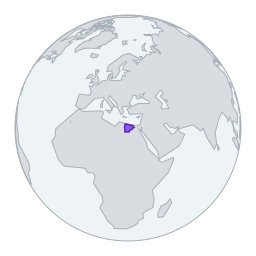 globe centered on Matruh
{"feature_id": "EGY-1540", "entity_name": "Matruh", "entity_type": "Governorate", "adm_level": 1, "iso_a3": "EGY", "parent_name": "Egypt", "parent_adm1": "", "projection": "orthographic", "projection_center": [26.768, 29.661], "detail": "fine", "context": "on_globe", "style": "filled", "palette": "violet", "viewbox_px": 256, "rotation_deg": 0, "n_neighbors": 0, "source": "natural_earth", "source_scale": "10m", "svg_char_len": 10514}
<svg xmlns="http://www.w3.org/2000/svg" viewBox="0 0 256 256"><circle cx="128" cy="128" r="113" fill="#eef3f6" stroke="#a8b0b8"/><path d="M115.7,16.0L122.2,15.5L123.7,15.4L126.0,15.4L125.5,15.4L127.1,15.4L137.2,15.7L139.6,16.0L139.4,16.0L134.5,15.8L134.3,15.9L137.9,16.2L139.9,16.6L134.7,16.2L137.7,17.0L130.1,17.5L116.3,17.5L112.0,18.9L97.7,22.3L99.0,22.5L94.3,24.4L94.1,25.4L91.5,26.0L93.5,26.3L95.9,25.6L97.6,25.5L97.7,26.1L94.4,27.0L93.9,26.8L92.9,27.4L91.3,27.6L92.1,27.8L88.2,28.9L92.2,28.8L89.0,30.6L86.4,31.1L86.6,29.7L81.0,28.5L78.4,29.1L74.5,31.1L67.2,37.3L64.3,38.8L60.4,41.7L62.0,41.3L65.6,38.9L67.6,39.3L71.7,36.7L73.1,36.5L77.4,34.7L76.8,36.5L73.8,39.4L70.2,41.1L68.8,42.5L72.3,42.3L65.6,47.3L61.2,53.9L59.5,55.2L56.1,54.7L56.1,50.8L51.7,51.4L54.5,52.7L50.1,56.5L49.4,57.9L49.6,58.9L51.3,58.2L49.8,60.0L46.4,59.1L47.7,57.4L48.8,57.6L48.7,55.9L46.4,55.9L44.4,58.1L43.1,56.6L41.6,58.2L40.5,59.0L42.9,56.4L38.5,61.3L36.7,62.2L33.1,67.3L37.9,60.5L43.1,54.0L48.9,47.9L55.0,42.2L61.6,37.0L68.5,32.3L75.8,28.2L83.4,24.6L91.2,21.5L99.2,19.1L107.4,17.3L115.7,16.0ZM18.6,101.3L18.6,101.0L17.7,105.3L17.4,111.1L17.1,111.9L16.6,123.7L18.1,132.3L18.4,137.8L18.0,139.7L19.0,142.5L19.0,144.2L24.6,154.9L29.0,163.4L29.9,169.2L28.2,172.7L31.3,184.2L29.6,182.8L29.7,183.1L25.9,175.6L22.6,167.8L19.9,159.8L17.9,151.6L16.4,143.3L15.6,134.9L15.4,126.4L15.8,118.0L16.9,109.6L18.6,101.3ZM25.5,81.4L24.3,84.1L24.6,83.3L25.5,81.4ZM30.5,71.6L31.2,70.4L30.7,71.3L30.5,71.6ZM140.0,16.0L140.7,16.1L141.7,16.2L140.0,16.0ZM77.5,33.9L77.4,34.3L76.7,34.4L77.5,33.9ZM79.4,32.7L78.5,32.6L79.3,32.1L79.8,32.2L79.4,32.7ZM142.4,16.5L143.8,16.8L141.5,16.4L142.4,16.5ZM80.3,33.1L80.8,31.2L82.1,30.3L85.3,29.9L80.3,33.1ZM144.1,17.0L147.6,18.1L149.5,18.3L146.2,18.8L144.3,17.5L141.2,16.9L143.5,17.1L144.1,17.0ZM96.7,25.1L94.1,25.9L96.2,24.7L96.7,25.1ZM97.6,24.4L101.6,21.3L105.4,20.6L103.3,21.6L108.2,20.5L108.1,21.6L105.4,22.5L102.9,22.7L104.7,23.1L97.6,24.4ZM143.9,19.0L144.0,19.4L142.9,19.0L143.9,19.0ZM98.4,25.4L98.9,24.8L102.2,24.1L101.9,25.3L100.9,25.1L98.4,25.4ZM109.5,19.7L111.9,19.6L112.5,20.4L113.5,20.5L108.4,21.6L109.5,19.7ZM100.2,25.6L101.7,25.9L100.2,26.9L98.2,26.0L100.2,25.6ZM103.2,23.4L104.8,23.2L103.8,23.7L103.2,23.4ZM95.6,30.8L96.1,29.8L97.9,29.3L95.6,30.8ZM102.3,26.0L102.8,25.7L103.6,25.5L104.2,25.9L102.3,26.0ZM109.2,22.2L108.9,22.7L111.3,21.8L111.8,22.5L108.3,23.2L110.1,23.2L110.2,23.5L107.2,23.8L109.2,22.2ZM107.1,25.7L102.8,27.1L101.5,28.9L99.9,29.3L102.3,26.4L107.1,25.7ZM107.4,24.5L106.9,25.3L105.1,25.4L104.4,24.8L107.4,24.5ZM113.5,22.9L113.6,21.5L114.3,21.4L113.5,22.9ZM107.1,26.2L108.1,25.9L107.2,26.3L107.1,26.2ZM111.9,23.8L111.8,23.3L112.7,23.2L111.9,23.8ZM110.3,25.7L108.9,26.1L108.4,25.7L110.3,25.7ZM111.3,24.8L112.5,24.9L109.0,25.4L111.1,24.6L111.3,24.8ZM112.8,23.8L113.2,23.6L112.7,24.1L112.8,23.8ZM113.1,27.1L108.8,27.8L107.6,26.9L111.9,26.3L113.1,27.1ZM58.4,159.6L51.8,141.6L55.1,136.4L55.7,128.9L78.6,108.9L83.4,111.5L101.4,110.9L103.7,112.2L101.5,118.0L115.0,126.4L119.4,121.6L131.6,125.6L139.8,125.1L142.7,113.7L129.4,114.3L127.1,108.8L137.8,103.6L149.5,103.4L149.0,101.4L141.6,97.2L144.4,93.1L139.1,95.4L141.2,97.4L138.0,99.1L135.8,97.4L136.9,95.9L133.4,95.1L129.3,102.8L131.0,105.7L121.8,107.2L123.8,112.3L121.2,114.6L117.0,106.9L117.4,104.1L109.5,95.7L108.2,98.7L115.6,107.0L113.3,106.3L111.6,110.9L111.0,106.9L103.3,97.5L95.0,98.4L84.3,108.7L79.5,108.8L75.5,105.5L79.4,94.1L89.8,95.3L91.3,91.8L89.3,85.9L92.6,86.9L93.1,84.8L97.0,85.2L102.6,80.8L106.6,80.7L108.9,74.6L111.2,73.8L109.2,77.6L109.9,80.3L119.9,80.6L121.8,79.3L122.5,75.4L125.2,76.2L124.5,72.4L130.3,71.0L122.8,69.8L123.4,65.7L126.9,62.7L125.7,61.2L120.0,66.2L118.9,68.5L120.2,70.7L116.1,77.3L112.7,78.2L111.8,70.9L106.9,71.6L108.4,65.9L122.9,55.2L128.9,53.3L138.7,58.3L137.2,60.8L133.0,60.1L136.8,64.3L136.6,62.2L138.8,63.0L139.9,59.7L141.5,60.1L139.8,56.4L141.9,56.6L143.0,58.9L146.4,54.6L150.8,54.3L150.8,53.2L149.6,52.1L156.0,52.7L155.7,51.9L153.5,51.3L151.5,49.3L150.5,46.2L152.8,46.6L153.4,47.8L158.3,51.0L159.7,54.3L160.5,54.2L159.8,51.4L153.9,47.5L152.7,45.5L155.7,47.0L154.5,46.3L154.6,45.5L156.8,45.1L153.6,43.4L151.4,34.9L155.5,33.7L158.5,35.8L159.4,31.3L163.9,31.0L161.8,30.4L160.9,28.2L159.5,28.3L158.4,27.9L155.3,23.2L156.4,22.7L152.7,20.7L151.7,20.5L150.7,20.7L146.2,18.8L149.5,18.3L151.7,18.7L152.2,18.4L157.2,19.7L161.6,20.8L166.7,23.0L169.7,23.9L169.6,23.7L173.6,25.1L182.3,29.4L175.9,26.8L162.9,22.1L168.3,24.0L167.3,23.9L169.3,24.9L173.0,26.4L173.4,26.3L180.3,31.8L189.7,37.9L188.6,35.8L190.7,36.4L200.4,43.1L213.1,57.4L216.0,59.6L218.1,62.0L219.6,65.0L216.7,61.4L215.8,61.5L213.9,59.3L215.4,63.3L212.8,60.3L215.3,65.2L217.4,66.8L217.0,64.2L220.3,70.1L223.5,72.3L226.9,77.5L231.8,90.9L232.3,97.7L233.0,99.7L231.6,99.2L232.1,104.8L236.6,112.3L237.4,115.4L237.1,124.5L236.7,122.3L233.0,120.9L234.0,128.9L236.9,131.8L237.9,137.9L236.5,138.0L235.2,132.9L233.9,132.2L233.0,125.5L229.5,117.4L228.0,121.5L226.9,117.6L221.9,112.1L219.0,117.9L215.1,133.0L216.6,143.3L214.4,149.3L206.9,137.7L203.3,128.5L200.7,130.8L192.9,124.8L179.7,128.7L177.7,126.4L175.3,128.4L169.7,127.0L166.6,123.1L163.3,124.1L171.5,134.3L175.1,133.2L177.8,127.9L179.5,131.8L184.8,134.1L179.3,145.8L159.6,158.7L157.5,151.1L141.6,130.7L142.0,128.1L141.9,127.8L141.7,127.3L140.4,131.6L137.6,127.4L146.3,142.2L147.8,148.7L159.3,159.2L158.3,160.6L161.9,162.4L173.4,157.3L173.5,159.9L168.2,172.7L152.2,190.2L154.2,199.5L152.9,207.3L142.8,213.1L143.5,218.3L138.3,220.4L137.8,223.2L133.5,226.2L126.4,228.9L114.4,228.6L113.8,226.3L107.9,221.2L99.8,207.6L103.0,201.5L101.9,196.2L93.3,182.9L95.2,176.0L92.8,172.6L88.0,172.7L85.3,168.5L82.3,167.9L64.0,166.2L58.4,159.6ZM70.8,120.6L70.2,122.8L70.8,120.6ZM162.1,109.1L168.9,108.3L165.5,101.8L167.9,101.0L165.9,99.2L165.3,101.3L160.2,96.2L163.1,93.7L162.1,90.8L159.7,90.9L155.3,96.6L162.4,103.7L161.0,106.9L162.1,109.1ZM17.4,111.2L17.2,113.0L17.1,112.1L17.4,111.2ZM21.4,93.3L21.1,95.2L21.1,94.2L21.4,93.3ZM23.0,87.1L22.6,88.3L23.7,85.6L21.7,92.1L21.7,90.9L22.9,87.4L23.0,87.1ZM29.1,74.1L28.6,75.1L28.2,75.8L29.1,74.1ZM30.2,72.3L30.3,72.1L30.9,71.0L30.2,72.3ZM50.3,56.5L50.5,56.7L50.4,57.9L49.7,57.9L50.3,56.5ZM54.4,60.7L51.9,63.6L53.2,61.4L51.7,61.7L52.6,57.9L58.7,55.7L55.8,57.3L54.4,60.7ZM55.5,52.5L54.3,54.9L55.4,52.4L55.5,52.5ZM91.7,74.0L93.0,75.5L91.4,77.8L86.3,78.7L88.5,75.4L91.7,74.0ZM95.2,77.3L95.7,70.2L98.9,69.6L97.0,71.1L99.1,71.4L96.6,73.9L99.1,80.7L97.9,83.1L89.2,82.9L92.7,81.5L91.2,80.0L95.2,77.3ZM91.5,55.7L91.8,53.3L98.3,55.0L97.3,57.1L92.2,57.9L90.4,55.9L91.5,55.7ZM85.7,33.2L85.4,32.7L86.3,32.4L87.3,32.5L85.7,33.2ZM95.7,30.4L88.1,35.2L87.3,34.8L83.8,38.5L80.4,39.0L82.8,36.5L77.6,39.9L78.4,37.8L75.1,40.3L80.8,34.7L81.4,33.3L82.0,34.7L85.1,34.2L86.6,33.6L91.2,30.8L93.9,27.8L97.4,27.1L99.1,27.4L99.0,28.0L96.8,28.2L98.2,28.9L94.9,29.7L95.7,30.4ZM117.5,35.7L114.9,35.0L117.3,37.8L114.0,38.1L114.5,38.4L112.1,39.5L110.0,41.5L108.5,41.3L108.3,42.2L106.7,43.0L106.0,44.2L103.1,44.5L102.0,46.0L101.2,45.3L100.1,47.9L99.6,46.1L97.5,47.2L99.1,48.3L85.1,48.2L79.6,50.0L75.2,52.6L75.0,49.5L79.0,45.3L84.9,41.3L90.2,40.2L89.2,39.1L91.4,38.4L91.3,39.5L92.8,37.4L94.7,37.1L99.9,34.4L101.0,31.8L102.9,30.8L103.4,31.7L105.0,30.2L107.3,31.3L108.7,30.8L112.4,31.5L112.5,33.7L114.1,33.0L117.0,33.6L117.5,35.7ZM114.0,27.4L114.9,29.7L113.6,31.1L107.7,29.4L106.1,29.7L102.3,29.0L104.4,27.1L105.3,27.4L106.6,27.4L105.4,28.0L107.4,27.4L108.7,28.0L110.5,27.7L110.3,28.5L114.0,27.4ZM106.3,110.1L108.0,110.5L110.7,110.4L109.7,113.4L106.3,110.1ZM100.9,103.7L102.4,103.5L102.3,107.5L100.5,107.2L100.9,103.7ZM103.4,100.1L102.5,103.2L101.9,101.4L103.4,100.1ZM110.7,77.2L112.4,76.9L112.5,77.8L111.5,79.1L110.7,77.2ZM123.7,45.2L122.5,44.4L123.0,43.9L122.3,41.3L124.7,41.1L126.0,42.6L123.7,45.2ZM140.4,115.8L138.0,118.1L136.8,117.1L137.9,116.5L140.4,115.8ZM123.1,116.1L127.0,117.5L122.8,116.9L123.1,116.1ZM126.2,44.5L125.6,43.5L127.2,44.0L126.2,44.5ZM126.4,40.8L128.2,41.2L124.9,40.8L126.4,40.8ZM178.0,228.8L176.7,229.5L178.0,228.8ZM171.7,203.0L163.5,216.7L158.3,217.6L157.6,214.3L160.8,206.3L167.0,203.0L170.0,198.8L171.7,203.0ZM239.2,146.3L238.4,149.4L237.6,150.6L238.1,148.4L239.3,144.8L239.5,144.2L239.2,146.3ZM238.0,148.5L236.5,147.5L232.3,139.0L233.9,137.4L237.8,140.3L237.6,142.1L238.5,143.5L238.0,148.5ZM240.3,136.6L240.1,138.5L239.8,139.4L239.6,134.9L239.7,131.5L240.0,130.3L239.8,115.8L240.0,116.4L240.5,121.9L240.5,123.0L240.3,136.6ZM217.1,144.1L219.5,148.8L218.1,150.7L217.1,144.1ZM238.6,107.3L239.4,113.4L238.3,106.1L238.6,107.3ZM237.2,101.1L237.8,103.0L237.3,101.8L237.2,101.1ZM234.0,102.6L233.7,104.4L233.2,103.0L233.2,99.9L234.0,102.6ZM229.5,82.0L231.5,86.1L232.2,87.8L231.1,85.9L229.5,82.0ZM145.7,42.9L144.0,46.6L144.4,49.5L147.0,51.4L142.5,50.5L142.0,46.0L145.7,42.9ZM150.5,35.8L148.1,34.4L149.6,34.2L150.4,34.4L150.5,35.8ZM148.8,35.5L145.0,35.5L144.0,34.3L147.2,34.5L148.8,35.5ZM135.6,39.6L134.9,40.6L133.7,40.1L135.6,39.6ZM238.3,105.3L237.8,103.0L237.7,102.3L238.3,105.3ZM237.1,99.8L237.1,100.9L234.6,93.3L234.3,91.9L236.4,98.0L237.1,99.8L237.1,99.8ZM219.0,62.0L217.6,60.3L216.7,58.9L217.9,60.4L219.0,62.0ZM212.5,53.5L216.0,58.0L218.6,62.1L219.0,62.2L221.7,66.1L219.9,64.1L216.3,58.8L214.7,56.4L212.2,53.5L209.7,50.6L206.7,47.7L204.8,45.9L207.1,47.8L212.5,53.5ZM205.5,46.6L199.4,41.5L198.7,40.5L199.9,41.4L203.0,44.1L203.1,44.4L205.5,46.6ZM197.7,40.0L197.8,40.4L189.0,35.5L187.0,34.3L193.3,37.0L193.8,37.6L196.0,39.1L197.7,40.0ZM145.2,19.5L144.1,19.4L144.7,19.2L145.2,19.5ZM157.7,28.0L156.3,27.4L157.0,27.0L157.7,28.0ZM153.0,25.6L153.1,26.4L152.0,25.4L153.0,25.6ZM153.6,28.3L152.7,26.6L154.9,28.4L153.6,28.3Z" fill="#d9dde1" stroke="#a8b0b8" stroke-width="1"/><path d="M124.9,131.1L124.9,130.3L124.9,129.5L124.9,129.2L124.9,128.9L124.9,128.7L124.8,128.4L124.7,128.3L124.7,128.2L124.8,128.1L124.7,127.9L124.6,127.7L124.5,127.1L124.5,126.9L124.6,126.7L124.8,126.4L124.9,126.2L125.0,125.9L125.0,125.7L124.9,125.5L124.9,125.4L124.8,125.1L124.8,124.9L124.8,124.7L125.1,124.4L125.1,124.2L125.3,124.1L125.3,124.3L125.5,124.3L125.8,124.3L126.1,124.3L126.4,124.2L126.5,124.1L127.3,124.3L127.8,124.4L128.0,124.4L128.1,124.5L128.3,124.5L128.5,124.6L128.8,124.6L129.0,124.6L129.0,124.8L129.3,125.0L129.5,125.0L129.8,124.9L129.9,125.0L130.0,125.2L130.3,125.2L130.5,125.2L130.8,125.2L131.0,125.2L131.0,125.3L131.3,125.4L131.5,125.4L131.5,125.5L131.8,125.7L132.1,125.7L132.4,125.5L132.6,125.4L132.8,125.3L132.8,126.6L132.9,126.8L134.1,127.4L132.8,128.3L131.7,129.4L131.3,129.7L130.0,130.1L129.8,130.1L129.7,130.3L129.0,131.9L124.9,131.9L124.9,131.2L124.9,131.1Z" fill="#8b5cf6" stroke="#5b21b6" stroke-width="1.5"/></svg>